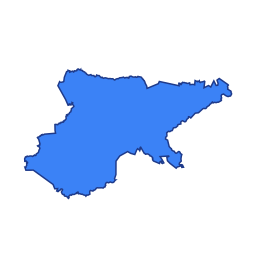 Del Nayar, Nayarit, Mexico (Mercator projection), rotated 264°
{"feature_id": "50627088B12787486609303", "entity_name": "Del Nayar", "entity_type": "district", "adm_level": 2, "iso_a3": "MEX", "parent_name": "Mexico", "parent_adm1": "Nayarit", "projection": "mercator", "projection_center": [-104.607, 22.056], "detail": "fine", "context": "isolated", "style": "filled", "palette": "blue", "viewbox_px": 256, "rotation_deg": 264, "n_neighbors": 0, "source": "geoboundaries", "source_scale": "gbopen_adm2", "svg_char_len": 5768}
<svg xmlns="http://www.w3.org/2000/svg" viewBox="0 0 256 256"><g transform="rotate(264 128 128)"><path d="M75.2,48.8L75.1,51.4L74.8,51.1L74.0,51.2L72.8,50.5L72.1,51.6L72.2,52.2L73.1,52.6L73.0,53.6L74.3,54.9L74.4,55.2L73.9,56.4L73.5,56.5L72.9,56.2L71.9,55.4L71.1,55.1L69.3,55.7L68.5,56.7L68.5,57.5L67.3,57.6L66.8,58.1L66.6,59.2L66.2,59.8L65.5,60.7L64.6,61.0L64.2,61.5L65.0,62.1L65.9,61.6L66.5,62.2L66.7,62.8L67.5,63.5L67.1,64.9L67.9,65.6L67.6,66.7L67.6,68.0L68.4,69.2L68.2,70.3L68.5,70.5L69.1,70.3L69.5,71.3L69.5,71.6L67.7,72.0L67.7,73.4L67.0,74.5L67.0,75.6L66.1,76.8L65.5,78.5L64.6,79.0L65.6,79.9L65.4,81.2L66.2,83.2L68.4,83.2L69.2,83.5L69.8,84.1L69.0,86.3L69.0,86.6L69.1,86.8L69.3,86.6L69.7,87.1L69.7,87.9L70.2,89.2L71.3,90.0L71.8,91.2L71.5,92.6L71.3,95.6L70.9,97.1L71.8,98.2L71.7,98.8L71.9,99.1L72.8,99.3L73.4,99.9L74.0,99.6L74.7,99.8L75.5,100.3L76.1,101.1L76.0,101.9L75.5,103.0L76.2,104.7L75.4,106.3L75.3,107.3L75.9,108.5L77.0,109.4L77.5,110.1L77.5,109.8L79.0,109.3L82.9,111.1L96.3,112.6L101.1,116.9L104.6,125.2L102.5,128.0L100.9,132.0L105.3,134.4L106.4,135.4L105.0,136.9L104.2,137.3L106.2,138.2L106.1,137.9L106.4,137.7L107.4,138.1L107.6,138.6L101.1,141.5L100.9,142.1L100.1,142.6L100.2,144.6L99.9,145.3L98.7,146.8L98.0,146.9L97.6,148.0L96.1,149.3L95.8,149.4L94.8,149.1L94.5,149.5L93.7,149.2L92.5,149.9L89.4,155.6L90.5,156.0L91.3,156.6L91.5,157.7L91.3,158.1L90.3,157.6L89.8,157.7L89.1,158.5L89.6,160.0L93.2,158.5L96.2,156.9L95.9,165.5L95.5,165.6L94.7,163.6L91.3,163.8L88.5,166.0L83.0,171.7L84.1,172.9L84.4,175.0L85.0,177.2L83.2,177.4L83.2,179.1L85.5,178.3L85.9,177.6L86.0,175.6L86.7,175.1L87.9,175.6L89.5,177.5L91.6,177.4L94.4,178.1L96.1,178.8L97.1,177.5L98.4,177.2L99.1,176.6L99.3,175.8L97.9,173.7L97.9,173.0L98.8,172.0L99.9,171.7L100.3,170.6L100.9,170.1L101.6,169.1L102.9,169.0L103.6,168.2L105.2,167.0L111.8,166.1L113.1,164.2L114.9,164.5L115.6,165.6L116.3,165.9L119.2,166.0L120.5,167.9L120.0,169.2L120.8,170.8L120.7,171.4L121.2,172.0L123.4,173.2L123.5,175.6L125.0,177.7L125.7,177.7L126.2,178.2L126.5,181.0L128.3,181.1L129.1,181.8L129.5,183.2L128.3,184.8L128.3,185.9L128.6,186.3L130.5,187.5L131.5,189.0L132.9,189.4L132.8,190.1L131.4,191.5L135.7,196.4L135.8,199.7L139.3,204.4L139.6,205.6L139.2,206.6L139.3,207.5L139.9,208.2L140.8,208.8L142.0,211.2L142.9,211.7L143.3,212.7L144.9,214.4L145.0,214.8L144.0,215.2L144.5,216.9L144.0,218.2L144.3,219.7L144.2,220.7L145.5,223.6L146.0,223.9L146.7,223.5L147.3,223.5L148.1,224.3L149.2,224.0L150.6,224.1L151.4,224.8L151.8,226.6L150.1,228.4L149.0,230.2L148.8,231.3L149.1,232.1L149.1,233.3L150.8,234.5L151.7,234.6L152.3,234.2L153.7,234.3L154.3,233.8L154.8,232.8L155.8,232.0L156.1,231.2L157.8,231.5L159.2,231.3L160.6,232.7L160.4,232.3L167.7,223.9L166.3,221.5L162.9,222.3L161.1,221.7L161.1,220.1L165.9,218.3L160.1,214.6L161.8,212.5L160.1,207.8L166.2,209.2L166.6,208.9L166.1,206.8L166.1,205.0L165.7,204.6L166.4,203.8L167.4,203.8L166.9,203.2L167.3,202.4L166.8,201.9L168.2,199.7L164.0,198.8L164.6,197.3L164.6,194.2L166.4,194.0L166.1,192.1L166.3,191.0L166.8,190.5L166.8,189.8L167.4,188.6L167.4,187.5L167.6,187.2L167.3,187.1L167.1,186.1L166.3,185.9L165.6,185.2L165.9,184.9L166.7,184.7L166.6,184.3L167.3,183.5L167.2,183.2L164.7,183.2L171.0,164.0L168.9,162.8L165.4,151.1L167.7,151.0L171.0,149.7L171.6,149.7L173.4,149.1L173.5,148.7L174.9,148.2L175.0,147.7L177.0,146.7L177.3,146.2L177.8,144.6L177.8,143.9L178.7,142.9L178.2,143.1L177.7,142.7L177.5,141.8L177.8,141.4L177.7,141.1L178.2,140.6L177.9,139.5L178.3,138.0L178.9,137.1L179.0,136.4L179.3,136.3L179.1,134.8L178.0,134.4L178.1,133.9L177.8,133.8L178.0,133.6L177.8,133.4L177.9,133.1L178.3,132.9L178.2,132.1L178.5,131.7L178.4,130.9L178.0,130.1L179.1,128.8L178.8,127.5L178.8,124.9L178.0,123.4L178.2,122.5L177.8,120.9L177.1,119.9L177.7,118.9L178.6,118.1L178.7,116.4L179.1,115.3L179.1,113.7L180.2,111.1L180.3,110.2L180.0,108.6L181.1,107.8L180.9,106.7L181.3,106.6L181.6,105.9L183.2,104.8L183.3,103.4L184.0,102.4L182.6,101.4L182.4,100.7L182.7,100.0L183.7,99.6L184.0,97.3L185.0,96.7L184.8,95.6L184.6,95.5L184.5,94.3L185.3,93.4L185.6,92.8L186.1,92.3L186.7,92.2L187.5,91.1L188.2,90.8L188.8,89.6L189.2,89.3L189.3,88.8L190.0,88.6L190.1,88.0L190.6,87.1L191.2,87.1L190.9,86.8L191.1,86.7L191.0,85.6L191.8,85.0L191.8,84.0L191.1,83.2L190.5,83.2L190.2,81.9L190.5,80.9L189.7,80.3L189.4,79.6L189.8,79.3L190.2,79.4L190.4,79.0L189.6,75.9L190.1,76.0L190.5,76.6L191.1,75.7L191.1,75.1L191.7,74.4L190.9,74.1L190.4,72.8L185.1,70.0L181.0,69.0L180.7,68.5L180.4,66.3L180.7,65.2L181.2,64.8L177.4,62.7L162.9,68.9L156.9,70.8L157.0,71.6L157.6,71.5L158.1,72.1L157.9,72.8L157.0,73.2L156.9,73.6L157.4,73.6L158.2,74.9L159.2,75.0L158.7,75.7L158.2,75.3L157.1,75.3L156.2,76.2L155.0,76.4L153.0,73.6L151.6,73.5L151.0,73.0L150.2,72.9L149.5,71.6L148.2,70.8L147.6,68.5L146.6,69.1L146.4,67.7L146.0,67.5L143.7,67.5L142.5,66.5L142.2,65.5L141.7,65.4L141.7,64.7L141.4,64.3L140.7,64.4L140.5,63.9L140.7,63.0L140.4,62.4L140.6,62.0L140.2,61.8L140.1,61.1L139.7,60.9L140.0,60.4L140.0,60.0L139.3,59.5L139.1,58.8L138.6,58.4L139.2,56.6L139.1,55.7L133.2,55.2L130.4,55.4L130.6,44.2L130.3,43.8L130.1,42.6L130.3,42.5L130.0,42.2L130.3,41.4L129.7,41.0L129.7,40.3L129.1,40.0L129.0,39.8L129.2,39.5L128.5,38.7L128.3,37.4L127.9,36.9L126.1,38.0L121.5,38.8L121.1,38.4L120.4,38.6L119.9,37.3L120.0,37.0L119.7,36.2L119.1,36.6L118.7,37.6L118.3,38.0L116.8,38.2L115.3,37.2L113.0,36.3L111.7,34.0L110.4,33.5L110.3,33.3L110.9,32.1L110.4,31.8L110.3,31.1L109.9,30.7L110.0,30.4L109.7,30.0L110.3,28.8L110.4,27.5L110.1,26.1L110.3,25.2L110.6,24.8L110.2,24.1L109.9,24.0L110.1,23.4L109.8,22.9L108.2,22.0L105.6,21.9L105.5,22.4L105.9,22.9L105.7,23.4L105.1,23.5L104.5,23.8L104.5,24.4L103.9,24.5L103.6,24.2L103.8,24.0L103.6,23.5L101.5,23.4L100.2,22.4L99.7,22.4L99.5,21.8L99.7,21.4L96.7,22.0L96.0,29.4L79.7,47.6L75.2,48.8Z" fill="#3b82f6" stroke="#1e3a8a" stroke-width="1.5"/></g></svg>